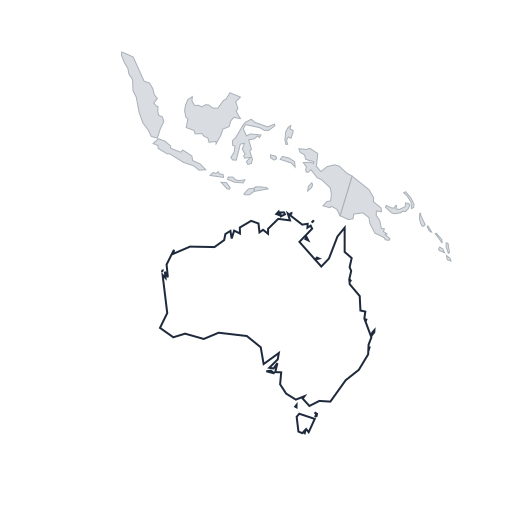 Australia highlighted among its neighbors, rotated 17°
{"feature_id": "AUS", "entity_name": "Australia", "entity_type": "country or territory", "adm_level": 0, "iso_a3": "AUS", "parent_name": "Oceania", "parent_adm1": "", "projection": "robinson", "projection_center": [137.073, -32.4], "detail": "medium", "context": "with_neighbors", "style": "outline", "palette": "slate", "viewbox_px": 512, "rotation_deg": 17, "n_neighbors": 4, "source": "natural_earth", "source_scale": "50m", "svg_char_len": 6091}
<svg xmlns="http://www.w3.org/2000/svg" viewBox="0 0 512 512"><g transform="rotate(17 256 256)"><path d="M324.5,151.5L344.6,159.5L351.5,165.9L352.4,169.7L361.7,173.6L363.0,177.0L357.9,177.7L359.1,181.9L364.1,186.1L367.7,192.8L370.9,192.6L370.6,195.4L374.9,196.5L373.2,197.7L379.2,200.4L378.5,202.2L374.8,202.7L373.4,201.0L363.0,199.4L355.5,191.8L352.7,186.2L345.4,183.5L337.2,187.4L337.9,192.1L333.5,194.2L324.6,192.9L324.5,151.5ZM387.5,155.5L391.9,160.2L392.6,163.5L390.8,165.2L388.5,159.0L382.7,154.2L378.7,152.4L380.3,150.8L387.5,155.5ZM382.2,172.1L376.2,175.1L373.2,175.1L365.5,171.5L365.9,169.5L371.0,170.4L374.0,169.9L374.9,166.9L375.7,166.7L376.2,170.1L379.4,169.6L384.2,165.2L383.6,161.4L386.9,161.3L388.1,162.4L387.9,165.9L386.0,169.8L383.1,170.3L382.2,172.1ZM401.6,168.9L408.6,176.5L407.8,178.3L406.2,178.9L403.8,176.5L401.4,172.5L400.2,167.6L401.0,167.0L401.6,168.9Z" fill="#d9dde1" stroke="#a8b0b8" stroke-width="1"/><path d="M324.5,151.5L324.6,192.9L319.6,187.7L313.9,186.4L312.5,188.2L305.4,188.4L307.8,183.2L311.3,181.5L309.9,174.6L307.2,169.2L296.3,163.8L291.7,163.3L283.3,157.4L281.6,160.5L279.5,161.1L278.2,158.8L278.2,156.0L273.9,152.9L279.9,150.6L283.9,150.7L283.5,149.0L275.2,149.0L273.0,145.2L268.0,144.0L265.6,140.9L273.2,139.3L276.0,137.3L285.1,139.9L287.5,152.5L293.3,156.3L298.0,149.6L304.5,145.8L309.5,145.8L318.4,150.2L324.5,151.5ZM234.7,191.5L235.4,194.7L231.8,199.4L227.0,200.8L226.3,200.0L229.2,194.0L234.7,191.5ZM286.4,178.8L285.8,174.0L288.0,169.6L289.3,171.4L289.2,174.4L286.4,178.8ZM194.7,108.6L191.5,114.4L195.6,120.4L194.6,123.3L200.9,129.2L194.2,129.9L192.3,134.3L192.6,140.0L187.2,144.4L187.1,150.7L185.0,160.4L184.2,158.2L177.8,161.0L175.5,157.2L171.5,156.8L168.7,154.8L162.1,157.0L160.0,154.0L151.7,153.6L150.8,145.1L148.0,143.3L145.2,137.8L144.5,132.3L145.1,126.4L148.5,122.2L149.4,126.4L153.2,130.0L156.9,128.7L160.5,129.2L163.7,126.0L166.4,125.4L171.7,127.2L176.3,125.8L179.3,117.0L181.4,114.8L183.4,107.5L194.7,108.6ZM259.2,152.7L265.4,154.6L267.4,159.5L262.7,156.8L250.9,156.5L252.2,153.0L259.2,152.7ZM245.2,159.0L241.3,157.9L240.2,155.1L245.9,154.8L247.3,156.9L245.2,159.0ZM251.1,121.1L251.5,124.6L254.8,125.1L255.3,127.7L255.0,133.3L252.1,132.7L251.3,136.5L253.6,139.9L252.0,140.6L249.7,136.6L248.1,128.5L249.2,123.4L251.1,121.1ZM215.9,128.5L229.4,129.1L235.0,124.5L236.0,125.9L231.4,132.2L227.2,133.4L221.8,132.2L207.5,133.4L206.7,138.2L211.8,143.9L214.8,141.0L225.3,138.8L224.8,141.8L222.4,140.8L219.9,144.6L215.0,147.0L220.4,155.2L219.3,157.4L224.4,164.7L224.4,168.9L221.4,170.8L219.2,168.5L221.9,163.3L216.4,165.8L215.0,164.0L215.7,161.6L211.6,157.8L212.0,151.6L208.3,153.6L209.1,170.1L205.5,171.0L203.1,169.1L204.7,163.3L203.8,157.1L201.4,157.1L199.7,152.7L202.0,148.6L205.5,133.9L206.7,131.3L211.5,126.6L215.9,128.5ZM208.6,200.2L201.1,195.7L206.3,194.5L211.3,198.3L211.0,200.0L208.6,200.2ZM214.4,189.2L218.1,188.7L223.1,186.4L222.3,189.9L213.9,191.7L206.4,191.0L206.4,188.6L210.8,187.3L214.4,189.2ZM197.1,188.1L200.6,187.6L202.0,190.3L188.6,192.4L190.5,188.7L193.6,188.7L195.1,186.4L197.1,188.1ZM142.2,175.8L143.0,178.0L153.7,178.7L154.9,176.0L165.4,179.1L167.5,183.2L175.9,184.4L182.8,188.2L176.4,190.6L170.3,188.0L159.4,187.7L143.5,183.5L141.2,184.3L130.9,181.7L129.9,179.0L124.7,178.5L128.5,172.4L135.3,172.8L142.2,175.8ZM118.7,141.8L119.7,146.3L121.7,149.8L125.8,150.4L128.6,154.4L127.3,162.3L127.2,172.1L121.0,172.3L116.1,167.0L108.9,161.8L102.2,152.7L95.0,139.1L90.0,133.8L86.4,123.3L81.4,119.3L78.5,113.9L74.3,110.3L68.5,103.3L68.1,100.1L80.4,101.6L97.9,121.6L103.6,121.7L108.3,126.0L111.5,131.4L115.7,134.3L113.5,139.5L116.7,141.7L118.7,141.8Z" fill="#d9dde1" stroke="#a8b0b8" stroke-width="1"/><path d="M234.7,191.5L235.3,190.0L240.1,188.6L245.8,187.5L247.9,188.3L235.4,194.7L234.7,191.5Z" fill="#d9dde1" stroke="#a8b0b8" stroke-width="1"/><path d="M442.4,201.6L443.9,203.8L440.0,203.7L438.0,199.8L442.4,201.6ZM440.0,196.0L439.2,197.2L435.1,191.6L434.0,187.8L435.9,187.8L440.0,196.0ZM435.4,197.7L429.8,197.2L428.6,196.2L429.0,193.7L432.7,194.7L435.4,197.7ZM428.8,185.9L430.3,189.2L420.8,182.1L421.7,181.5L428.8,185.9ZM411.5,176.9L417.0,181.7L415.9,182.0L413.5,180.6L411.2,178.0L411.5,176.9Z" fill="#d9dde1" stroke="#a8b0b8" stroke-width="1"/><path d="M332.5,203.0L339.6,226.2L348.1,230.0L348.8,239.3L351.4,242.5L352.0,251.1L353.9,255.6L366.9,264.0L371.8,277.6L376.8,277.2L377.9,284.1L390.1,300.0L389.6,307.9L392.0,317.3L387.6,334.8L378.1,348.5L369.7,373.5L358.9,376.1L350.9,383.8L342.3,378.7L343.3,375.9L336.1,381.7L325.1,378.8L316.6,371.7L314.1,359.9L308.3,361.4L307.8,352.2L305.7,358.4L301.4,359.0L307.0,348.5L306.2,342.1L294.9,357.1L287.2,341.9L270.6,335.2L242.7,340.3L230.3,350.6L210.9,351.0L200.7,357.9L185.2,352.8L187.8,336.5L172.2,301.4L175.9,303.5L173.5,297.7L177.9,302.1L173.0,290.3L175.7,274.1L176.5,277.9L190.2,266.3L213.7,259.6L220.9,250.1L220.3,243.9L224.2,239.5L227.6,246.4L227.7,238.1L234.1,239.2L232.2,233.5L241.1,223.8L248.9,224.2L252.4,232.4L255.1,228.9L261.0,231.2L259.6,226.5L266.4,214.0L278.1,212.0L273.9,206.0L291.0,212.5L296.0,210.1L296.9,213.9L299.4,211.0L301.7,213.5L293.4,229.8L321.5,247.0L326.5,237.1L328.2,213.5L332.5,203.0ZM343.5,394.2L359.8,394.6L357.9,409.1L354.5,406.8L352.1,411.9L347.9,411.5L341.9,397.9L343.5,394.2ZM266.4,207.3L270.0,206.1L271.5,207.7L268.2,210.8L266.4,207.3ZM303.8,361.3L308.0,362.9L299.6,363.2L303.8,361.3ZM298.8,223.1L301.4,225.8L298.3,225.3L298.8,223.1ZM389.7,298.7L389.6,295.1L390.9,292.2L391.4,294.3L389.7,298.7ZM357.8,388.4L360.5,389.1L360.6,390.3L357.8,388.4ZM264.6,207.0L266.3,210.1L263.2,209.9L264.6,207.0ZM339.0,388.9L337.5,388.6L338.3,386.5L339.0,388.9ZM317.0,240.0L315.5,240.9L314.0,241.4L314.7,239.7L317.0,240.0ZM170.9,297.2L170.9,298.9L170.7,297.3L170.9,297.2ZM359.9,391.5L360.9,392.3L358.9,391.6L359.9,391.5ZM378.9,284.6L380.1,284.6L380.0,286.1L378.9,284.6ZM352.4,251.0L353.7,251.9L353.4,252.5L352.4,251.0ZM354.3,409.8L354.4,411.2L353.4,410.8L354.3,409.8ZM391.3,309.2L391.3,311.2L391.2,311.1L391.3,309.2ZM277.6,206.0L276.8,205.1L277.3,204.7L277.6,206.0ZM300.6,206.1L299.4,207.7L300.8,205.0L300.6,206.1Z" fill="none" stroke="#1e293b" stroke-width="2"/></g></svg>